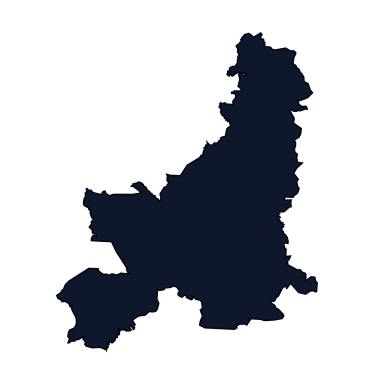 the district of Pajan, Manabi, Ecuador, rotated 183°
{"feature_id": "8360857B88388288506249", "entity_name": "Pajan", "entity_type": "district", "adm_level": 2, "iso_a3": "ECU", "parent_name": "Ecuador", "parent_adm1": "Manabi", "projection": "orthographic", "projection_center": [-80.353, -1.699], "detail": "fine", "context": "isolated", "style": "filled", "palette": "ink", "viewbox_px": 384, "rotation_deg": 183, "n_neighbors": 0, "source": "geoboundaries", "source_scale": "gbopen_adm2", "svg_char_len": 5905}
<svg xmlns="http://www.w3.org/2000/svg" viewBox="0 0 384 384"><g transform="rotate(183 192 192)"><path d="M172.0,57.1L142.0,57.2L141.8,59.0L140.2,58.5L140.3,60.5L138.0,62.5L132.5,63.0L130.4,62.1L126.4,68.6L117.1,68.5L112.8,67.5L103.0,68.6L95.5,70.4L93.9,72.9L94.7,74.8L99.8,79.5L101.9,80.1L103.6,83.2L107.9,85.7L107.1,86.9L104.0,87.4L102.5,90.8L100.3,92.7L96.7,100.9L93.8,103.2L92.3,100.7L89.4,105.2L88.6,105.3L88.7,106.0L80.3,97.3L73.2,96.0L68.6,99.4L65.4,99.7L63.2,98.7L62.4,99.3L62.3,108.1L63.7,109.0L65.0,113.3L68.6,113.5L73.8,109.2L74.0,115.5L74.8,116.8L77.4,117.4L80.3,120.2L81.6,119.5L83.3,119.9L92.5,124.3L93.1,127.9L91.4,129.9L90.3,133.2L94.7,132.5L95.1,133.2L95.1,139.7L96.4,140.9L97.8,144.7L96.3,146.1L93.6,145.6L93.4,147.5L94.6,151.6L96.5,154.2L98.3,155.2L98.9,157.4L99.9,157.4L100.5,160.6L98.7,162.1L99.3,163.5L98.6,164.4L100.0,165.1L99.8,165.9L101.8,165.6L101.7,166.6L102.5,166.5L102.8,168.3L104.2,169.9L103.9,171.0L102.7,171.2L103.3,172.2L104.8,172.2L104.8,173.4L103.5,174.6L104.5,174.9L104.1,176.7L99.2,177.1L94.2,181.9L92.2,182.6L92.9,186.6L92.5,189.2L98.5,188.7L99.7,189.7L98.4,192.1L90.8,192.0L89.5,194.2L87.1,195.9L86.0,198.2L85.3,201.4L86.6,202.5L88.0,207.5L86.6,210.3L91.5,216.0L88.7,221.4L83.4,226.7L87.4,227.0L88.3,227.8L89.4,231.7L88.8,235.1L91.4,237.1L92.1,241.1L91.1,242.8L91.2,247.0L92.7,249.4L88.2,252.2L86.6,255.6L86.2,261.0L94.3,266.1L93.8,270.9L98.9,278.8L98.1,279.4L94.5,278.0L91.9,278.0L90.8,279.0L88.4,278.8L88.4,280.0L87.0,279.3L86.6,280.2L86.0,279.6L83.6,280.8L81.3,280.8L82.0,282.7L83.2,283.6L86.6,283.0L89.9,285.2L91.2,289.7L89.6,288.9L84.4,290.9L81.3,292.6L76.8,297.4L79.3,300.1L81.9,306.4L84.4,307.2L86.1,309.0L86.4,312.5L88.8,316.1L90.2,316.9L91.4,320.0L93.6,321.3L95.1,323.8L98.0,325.4L97.3,331.8L95.6,335.7L96.0,337.0L98.2,338.3L101.1,338.0L105.9,340.6L116.3,338.1L119.3,338.5L121.1,340.6L125.2,341.0L126.2,340.4L127.6,342.1L126.8,342.9L127.6,343.9L127.0,344.9L127.9,345.5L128.6,348.2L130.4,348.4L131.8,350.2L130.9,351.8L131.8,351.9L130.5,353.0L131.7,354.4L138.1,350.1L139.8,350.4L140.6,351.7L143.9,353.3L147.7,351.9L150.4,348.2L150.3,347.0L151.2,346.8L150.5,344.0L151.3,343.9L151.1,343.1L152.1,343.4L152.0,342.4L153.7,342.0L155.5,340.0L153.6,337.3L153.9,334.3L152.2,331.9L153.5,328.8L152.3,328.0L153.5,326.5L153.4,323.2L155.1,320.4L157.8,318.7L158.3,319.5L160.1,318.2L160.0,317.3L160.8,317.5L160.3,316.2L161.3,315.7L161.4,313.5L162.6,314.2L162.5,311.8L163.2,311.4L161.0,309.7L159.5,312.2L158.0,309.8L153.1,313.6L146.6,313.0L145.8,314.0L145.2,312.0L143.7,311.6L146.5,310.9L150.6,312.4L151.5,311.8L150.1,307.2L151.5,300.0L147.5,296.9L150.0,295.2L155.1,295.1L155.3,294.1L157.7,293.7L157.4,292.5L155.4,292.7L153.4,291.6L153.5,287.7L154.8,286.8L154.8,285.2L156.0,284.8L155.3,280.5L157.4,281.5L162.3,281.5L163.4,282.7L166.8,281.8L167.9,282.7L168.8,281.8L168.6,280.3L167.8,280.7L167.3,279.6L168.8,279.4L169.4,278.4L167.5,277.1L168.0,277.0L167.1,276.1L167.7,273.3L166.0,270.3L163.5,268.7L163.4,267.3L162.3,267.2L161.7,265.4L160.8,265.7L160.2,264.3L158.9,264.6L158.2,263.6L157.2,263.9L157.7,262.0L156.9,260.7L157.7,258.9L159.1,258.5L160.5,256.7L161.7,249.0L164.4,248.6L166.3,247.3L166.2,245.8L166.9,244.6L168.0,244.4L168.2,243.3L170.8,241.4L171.9,242.4L174.4,239.7L177.1,239.9L179.4,242.4L178.9,239.8L180.7,239.5L181.0,237.2L182.3,236.8L181.5,234.6L182.6,233.7L183.1,229.8L184.9,228.9L186.1,226.7L198.1,218.5L204.5,207.6L214.9,207.5L218.1,208.3L217.4,206.6L217.6,202.7L216.8,201.2L215.9,201.0L215.9,199.2L217.2,198.0L216.9,196.6L220.0,195.2L223.8,188.3L222.6,184.6L223.2,181.9L224.2,181.3L225.2,182.5L226.3,182.5L226.0,183.4L227.3,183.3L228.9,186.3L229.8,185.9L230.1,186.6L231.3,185.9L232.0,188.3L232.8,188.2L234.8,190.5L236.1,190.8L238.4,194.4L241.1,195.9L241.1,197.0L243.9,198.8L246.1,199.1L246.7,198.3L251.4,196.9L251.3,195.9L252.7,194.7L250.9,194.5L244.9,190.5L243.0,188.1L251.7,186.4L270.3,185.5L274.2,183.8L277.9,186.0L279.0,188.4L280.7,187.8L282.7,184.6L290.8,186.2L293.0,188.4L295.3,188.2L297.0,189.9L297.8,189.3L296.7,187.6L298.4,185.3L298.1,182.0L299.3,179.6L299.8,175.2L299.0,173.0L294.4,170.7L294.2,169.5L292.2,167.7L292.6,166.0L291.5,162.9L291.1,162.0L290.2,162.2L290.5,160.9L288.7,159.0L291.0,157.2L290.6,154.9L292.7,151.6L289.3,148.5L289.5,146.7L288.5,145.3L285.7,144.9L285.1,143.5L285.6,142.2L287.1,143.5L288.7,143.0L289.9,140.8L289.9,138.2L269.7,138.2L264.7,128.9L252.9,112.4L253.4,111.5L252.7,111.1L252.6,109.1L250.1,106.9L259.1,107.1L262.6,105.1L267.5,106.0L271.1,104.5L273.3,105.5L275.7,105.0L277.6,105.8L281.1,108.2L281.4,109.3L282.1,109.2L281.8,110.4L290.9,110.3L309.9,96.8L313.5,92.9L315.3,87.9L316.5,87.1L317.8,84.5L321.7,81.5L320.0,78.5L317.8,77.9L315.8,75.6L313.3,76.3L309.1,74.2L307.9,71.4L306.3,70.6L305.7,68.1L301.2,60.5L300.4,55.5L301.0,52.6L302.5,50.0L307.1,47.5L307.9,45.2L308.4,41.4L306.5,38.9L307.9,34.9L306.5,35.1L304.8,36.8L301.5,37.0L300.6,38.3L297.7,38.8L295.6,40.2L295.9,40.7L293.9,40.9L294.0,41.6L292.8,41.9L293.4,40.9L292.8,40.6L292.9,39.0L291.0,38.2L291.3,37.1L290.2,35.9L291.1,34.4L289.6,32.6L283.3,31.3L275.4,32.1L270.7,30.4L270.0,31.4L269.2,29.6L268.7,31.7L267.5,32.9L268.4,36.6L266.9,36.0L267.3,37.2L265.6,37.9L266.2,38.5L265.5,39.2L264.4,37.3L263.6,37.3L261.2,39.8L262.8,41.3L261.2,41.1L261.1,42.4L259.1,42.8L259.3,44.8L257.1,46.0L257.2,47.0L258.5,47.7L257.2,48.4L258.4,50.0L258.3,51.7L256.6,49.6L254.9,51.3L253.9,50.6L252.0,51.1L250.8,49.9L246.9,50.1L245.2,51.3L247.7,52.9L246.0,55.1L243.0,51.9L242.2,53.4L243.2,54.6L241.9,56.6L244.7,60.8L244.1,61.6L238.9,65.4L232.5,66.6L228.5,70.4L224.5,70.3L221.9,71.1L220.5,73.5L219.4,79.1L221.5,83.2L221.3,92.7L219.4,92.1L215.0,93.0L213.9,94.8L208.1,95.7L205.5,97.4L204.2,96.6L203.0,97.1L199.0,92.4L200.4,90.9L200.6,88.7L198.3,87.0L196.2,86.6L194.6,88.3L192.8,88.9L191.9,86.4L187.3,84.4L185.8,85.3L186.3,88.2L182.5,85.1L178.6,84.5L176.6,82.8L175.4,76.5L177.5,74.5L174.9,68.5L176.7,64.2L177.4,60.1L177.2,59.4L172.0,57.1Z" fill="#0f172a" stroke="#020617" stroke-width="1.5"/></g></svg>